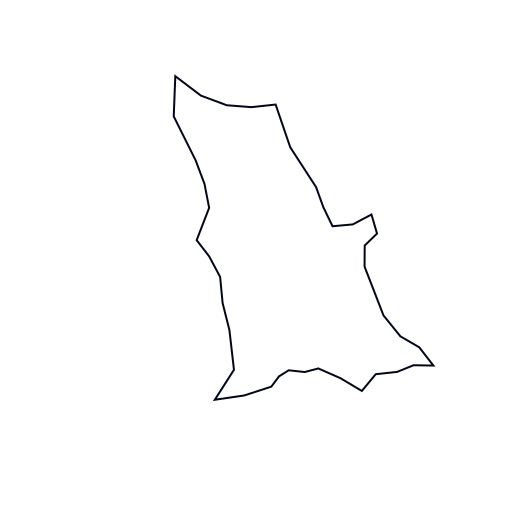 map outline of Mbale (Equal Earth projection), rotated 144°
{"feature_id": "UGA-3115", "entity_name": "Mbale", "entity_type": "County", "adm_level": 1, "iso_a3": "UGA", "parent_name": "Uganda", "parent_adm1": "", "projection": "equal_earth", "projection_center": [34.184, 1.003], "detail": "fine", "context": "isolated", "style": "outline", "palette": "ink", "viewbox_px": 512, "rotation_deg": 144, "n_neighbors": 0, "source": "natural_earth", "source_scale": "10m", "svg_char_len": 652}
<svg xmlns="http://www.w3.org/2000/svg" viewBox="0 0 512 512"><g transform="rotate(144 256 256)"><path d="M187.8,133.0L186.4,106.1L177.6,86.2L176.9,63.1L192.7,75.0L210.0,79.3L228.6,90.0L249.7,84.6L259.5,107.5L271.7,128.4L284.8,133.5L296.7,144.3L308.1,145.1L320.4,141.3L347.5,150.1L373.8,163.9L340.7,176.9L321.0,211.8L310.7,237.5L297.3,260.2L294.1,283.3L294.7,303.7L265.6,322.5L255.3,344.6L248.6,368.9L240.5,417.3L215.6,448.9L206.3,418.1L191.0,395.1L172.2,379.1L151.1,367.0L164.4,323.8L166.9,276.4L172.8,256.1L176.6,235.1L159.2,224.7L138.2,221.7L144.9,203.0L161.9,200.6L174.4,183.6L187.8,133.0Z" fill="none" stroke="#020617" stroke-width="2"/></g></svg>